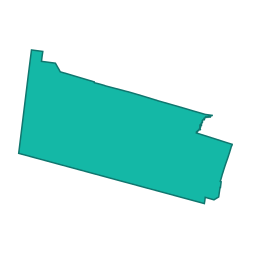 outline of 9 de Julio, Santa Fe, Argentina, rotated 277°
{"feature_id": "61730980B95993881972660", "entity_name": "9 de Julio", "entity_type": "district", "adm_level": 2, "iso_a3": "ARG", "parent_name": "Argentina", "parent_adm1": "Santa Fe", "projection": "robinson", "projection_center": [-61.267, -28.92], "detail": "fine", "context": "isolated", "style": "filled", "palette": "teal", "viewbox_px": 256, "rotation_deg": 277, "n_neighbors": 0, "source": "geoboundaries", "source_scale": "gbopen_adm2", "svg_char_len": 3487}
<svg xmlns="http://www.w3.org/2000/svg" viewBox="0 0 256 256"><g transform="rotate(277 128 128)"><path d="M89.5,22.6L62.3,213.0L62.8,213.0L64.9,213.1L68.6,213.1L67.2,222.1L70.6,226.4L80.2,226.6L80.2,227.0L80.8,227.0L86.0,227.0L86.2,226.1L86.8,226.1L87.4,226.3L89.9,226.7L91.2,226.9L93.9,227.3L95.2,227.6L97.6,228.0L103.3,229.1L107.0,229.9L110.6,230.7L115.7,231.7L120.8,232.6L122.2,232.8L122.5,233.0L123.0,233.0L123.4,233.3L123.7,233.3L123.9,233.4L124.0,233.4L124.4,233.4L124.5,233.4L125.7,226.7L126.1,224.7L131.4,196.4L131.5,196.4L131.7,196.5L131.8,196.5L132.2,196.5L132.2,196.9L132.4,197.0L132.5,197.1L132.7,196.9L132.8,196.8L132.9,197.0L133.0,197.1L133.0,197.3L133.0,197.5L133.3,197.6L133.4,197.4L133.5,197.4L133.6,197.5L133.8,197.4L133.9,197.5L134.0,197.7L133.9,197.8L133.9,198.0L134.0,198.1L134.3,198.3L134.3,198.6L134.5,198.7L134.8,198.4L135.0,198.5L135.2,198.8L135.3,198.8L135.5,198.8L135.8,198.9L135.9,199.0L135.8,199.6L135.7,199.7L135.8,199.7L135.8,199.8L136.0,199.7L136.4,199.7L136.5,199.6L136.7,199.4L136.8,199.2L137.1,199.2L137.2,199.3L137.3,199.4L137.4,199.5L137.4,199.8L137.5,199.9L137.8,199.8L137.9,199.7L138.0,199.4L138.3,199.3L138.5,199.3L138.5,199.2L138.8,199.2L139.0,199.1L139.4,199.1L139.6,199.2L139.6,199.3L139.6,199.6L139.8,199.6L140.0,199.5L140.0,199.8L139.9,199.8L139.7,199.9L139.4,199.8L139.2,199.9L138.9,199.8L138.9,200.0L139.0,200.1L139.0,200.3L139.2,200.5L139.3,200.4L139.4,200.1L139.5,200.1L139.8,200.4L139.9,200.5L140.1,200.5L140.1,200.4L140.2,200.2L140.3,200.1L140.5,200.0L140.7,200.3L140.8,200.4L140.8,200.5L141.0,200.5L141.0,200.3L141.1,200.1L141.3,200.1L141.4,200.4L141.5,200.5L141.9,200.6L142.1,200.5L142.2,200.4L142.3,200.4L142.4,200.5L142.3,200.9L142.3,201.0L142.6,201.1L142.8,201.1L143.0,200.9L143.2,201.0L143.3,201.2L143.5,201.1L143.5,200.9L143.9,200.9L144.0,200.9L144.3,200.8L144.5,200.9L144.5,201.0L144.9,201.2L145.0,201.2L145.0,201.3L145.1,201.5L145.3,201.8L145.3,202.0L145.3,202.4L145.4,202.5L145.5,202.6L145.6,202.8L145.8,202.8L145.9,202.7L145.9,202.4L146.0,202.3L146.3,202.4L146.5,202.4L146.7,202.2L146.8,202.2L146.9,202.3L146.9,202.5L146.9,202.8L147.0,202.8L147.3,202.9L147.4,203.0L147.5,203.3L147.6,203.5L147.8,203.5L148.0,203.5L148.1,203.8L148.3,203.6L148.5,203.6L148.7,203.9L148.6,204.0L148.4,204.2L148.4,204.3L148.6,204.4L148.6,204.5L148.5,204.8L148.4,204.9L148.2,205.1L148.3,205.2L148.5,205.3L148.8,205.4L148.8,205.5L148.7,205.5L148.6,205.8L148.9,206.0L149.0,206.0L149.4,206.4L149.4,206.5L149.2,206.7L148.8,206.6L148.7,206.6L148.6,206.8L149.3,207.2L149.4,207.3L149.5,207.3L149.5,207.5L149.8,207.6L149.8,207.8L149.6,207.9L149.5,208.0L149.4,208.0L149.0,207.9L148.9,207.9L148.8,208.0L148.9,208.4L149.0,208.4L149.2,208.5L149.3,208.5L149.3,208.4L149.6,208.3L149.8,208.3L149.9,208.5L150.1,208.7L150.1,208.8L150.2,209.1L150.3,209.1L150.5,209.4L150.6,209.5L150.7,209.8L150.7,210.0L150.8,210.0L150.9,203.0L151.7,198.2L152.8,191.1L154.1,183.5L154.5,181.0L156.7,167.2L158.7,154.3L159.0,153.0L159.1,152.7L159.1,152.3L159.7,148.9L161.6,138.2L163.3,128.0L164.0,123.6L164.1,122.4L166.7,103.2L167.1,100.4L167.2,99.9L167.5,98.9L167.5,98.6L168.0,95.5L168.4,92.7L168.5,91.8L168.8,89.3L168.8,89.2L169.1,88.9L169.3,88.9L169.7,88.8L169.7,88.5L170.2,85.9L170.5,83.8L172.2,73.8L172.6,71.4L174.3,61.5L174.8,58.5L174.8,58.1L175.3,55.1L175.5,54.0L175.6,53.8L175.8,53.7L177.9,52.2L179.2,51.2L183.4,48.1L183.5,48.0L183.6,34.0L188.5,34.0L189.4,34.0L192.3,34.1L193.6,34.1L193.7,22.7L167.7,22.6L89.5,22.6Z" fill="#14b8a6" stroke="#0f766e" stroke-width="1.5"/></g></svg>